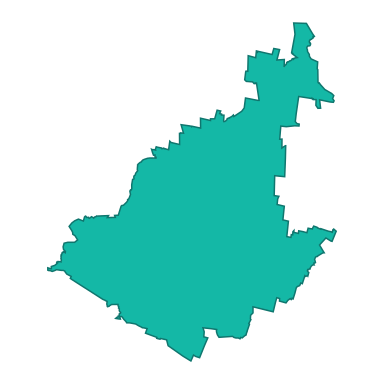 the district of Aguascalientes, Aguascalientes, Mexico
{"feature_id": "50627088B6632860871958", "entity_name": "Aguascalientes", "entity_type": "district", "adm_level": 2, "iso_a3": "MEX", "parent_name": "Mexico", "parent_adm1": "Aguascalientes", "projection": "equal_earth", "projection_center": [-102.284, 21.849], "detail": "fine", "context": "isolated", "style": "filled", "palette": "teal", "viewbox_px": 384, "rotation_deg": 0, "n_neighbors": 0, "source": "geoboundaries", "source_scale": "gbopen_adm2", "svg_char_len": 5911}
<svg xmlns="http://www.w3.org/2000/svg" viewBox="0 0 384 384"><path d="M71.8,223.0L69.1,226.4L71.7,230.5L72.6,232.3L72.8,234.3L75.0,235.7L77.6,239.9L74.6,242.3L67.7,242.3L64.1,243.2L63.1,246.8L63.5,249.4L65.0,251.1L65.4,251.3L65.3,252.7L64.1,252.0L64.0,252.3L63.6,252.3L63.4,251.9L62.8,252.5L62.5,252.3L62.1,252.7L62.1,253.4L61.5,254.3L61.5,254.8L61.2,254.8L61.1,255.1L61.3,255.6L61.0,255.9L61.0,256.2L61.0,256.9L61.2,257.1L61.1,257.6L61.2,258.1L60.9,258.7L61.4,259.8L61.3,260.7L60.9,261.5L61.0,261.8L58.0,261.5L57.7,262.5L57.0,262.0L56.6,262.9L56.9,263.7L54.7,265.4L51.3,266.5L51.4,268.7L50.6,268.7L47.8,267.8L47.8,270.2L48.4,270.5L50.4,270.7L52.1,271.4L52.4,271.4L54.9,270.5L56.5,269.7L61.4,270.4L63.3,270.4L64.8,271.1L65.2,272.0L66.8,274.1L71.2,276.4L70.3,278.5L102.9,299.4L105.1,300.3L105.2,300.5L107.1,301.4L106.8,304.1L107.2,305.5L107.2,306.2L107.5,306.7L109.0,306.3L109.9,305.5L111.6,304.5L118.0,304.4L118.1,305.9L118.9,306.9L118.5,308.0L119.3,308.7L119.3,310.8L120.0,311.9L120.6,312.3L120.6,312.7L120.5,313.2L119.2,314.0L119.3,316.0L118.1,316.1L117.9,317.1L116.9,317.3L115.7,318.4L118.4,318.9L120.4,319.1L120.1,318.0L119.6,317.1L120.4,316.6L121.1,316.4L122.2,317.0L123.7,319.2L126.1,321.7L126.6,322.8L129.8,322.9L135.7,324.0L138.5,325.7L141.6,327.2L142.2,327.7L143.9,327.9L147.1,328.6L145.5,333.2L156.9,337.4L156.7,338.3L157.9,338.7L160.1,339.2L160.6,338.5L166.6,339.8L168.1,345.7L182.9,356.1L190.9,361.0L193.5,355.1L195.6,356.4L199.6,357.7L204.5,345.5L207.8,337.9L203.8,336.8L204.2,331.8L203.0,327.8L211.2,328.7L216.7,329.5L216.4,330.8L216.6,332.3L217.4,334.8L219.0,337.3L232.6,336.4L233.9,337.4L236.0,338.0L238.4,338.0L240.0,338.8L240.8,337.4L242.2,337.9L244.4,336.0L245.4,335.3L245.9,335.2L246.2,334.5L246.2,334.0L247.0,331.8L246.9,331.8L249.5,324.2L248.8,323.5L250.9,319.6L250.4,319.0L250.6,315.3L253.0,312.9L253.0,306.8L273.2,311.8L275.5,302.2L276.8,297.7L279.6,298.5L279.5,301.1L286.0,302.9L287.8,300.4L290.2,298.6L291.2,299.6L292.1,298.8L292.2,298.3L293.1,298.9L294.9,293.2L296.3,287.7L297.4,286.5L299.7,285.6L300.8,283.0L302.3,283.7L304.9,275.7L305.6,276.4L307.5,275.7L307.8,276.1L308.8,272.5L307.6,271.4L307.4,270.8L307.7,269.6L308.3,269.8L309.1,269.2L309.3,268.8L310.0,269.0L310.3,267.8L311.3,266.1L312.8,264.9L314.1,264.9L313.9,264.5L313.9,263.1L314.5,263.1L315.3,262.7L315.2,262.6L315.3,261.7L314.6,259.4L315.4,257.4L315.6,257.0L316.4,256.6L317.3,256.7L317.4,257.0L317.5,256.1L322.8,252.9L324.2,252.8L322.6,250.2L319.5,245.0L325.9,238.0L331.0,241.1L331.1,240.9L332.1,241.3L336.2,231.2L333.8,229.1L333.4,230.0L332.9,229.8L332.2,232.3L330.9,231.7L328.4,231.2L320.9,228.7L320.8,229.2L317.7,228.0L317.8,227.8L316.9,227.2L313.7,226.1L312.2,229.0L311.8,228.8L310.7,228.7L308.1,228.2L306.9,232.7L302.8,231.6L298.7,230.8L298.4,233.4L293.8,232.4L293.9,230.6L292.9,231.7L292.7,234.8L291.3,234.6L290.9,237.4L286.8,236.6L288.4,221.2L282.9,219.9L284.3,206.2L277.1,204.5L277.7,198.9L278.9,196.3L274.2,195.6L274.7,175.7L284.7,176.7L285.4,158.5L285.7,145.7L285.4,145.7L281.9,148.0L282.0,139.1L279.7,139.2L280.8,126.1L286.3,126.7L294.8,125.8L299.0,126.0L299.2,124.1L297.0,123.6L295.3,121.6L296.2,113.7L298.7,96.5L311.8,98.5L311.9,98.3L312.2,98.9L312.5,99.1L312.8,98.6L313.2,98.7L313.3,99.6L316.1,99.6L315.9,105.4L317.9,108.3L320.6,108.2L319.6,99.8L330.1,102.0L333.4,102.3L334.1,100.8L332.6,98.6L333.8,95.6L331.8,93.6L325.0,89.6L324.9,89.6L320.6,84.8L319.2,82.9L318.8,83.2L318.5,83.0L318.0,82.1L317.8,69.6L317.2,68.8L317.7,61.9L311.1,58.9L309.4,56.3L309.3,54.4L308.0,52.4L307.5,51.4L307.4,49.8L306.9,48.5L306.8,47.4L307.8,46.0L309.8,45.8L310.3,45.1L310.6,44.0L310.5,43.4L310.3,43.0L310.0,43.1L309.5,42.5L309.3,41.2L309.5,40.8L309.9,40.4L310.2,39.6L311.4,39.3L312.1,38.6L312.9,38.2L312.9,37.7L313.2,37.5L313.0,36.6L313.2,36.4L313.6,36.2L314.1,36.6L314.4,36.4L312.7,34.0L306.4,23.4L293.7,23.0L295.0,34.3L291.6,52.8L292.7,53.4L292.3,53.8L297.2,57.6L294.8,58.0L293.5,59.2L293.2,58.5L292.4,58.8L292.0,59.0L291.8,59.9L290.4,60.8L289.6,60.9L288.4,61.9L287.7,61.8L287.4,62.2L286.8,62.4L286.2,64.4L284.7,65.6L283.9,66.9L284.2,65.9L284.3,59.5L276.9,60.0L279.6,49.6L273.8,48.5L272.1,54.5L258.0,51.3L258.0,51.6L257.3,51.6L257.3,52.3L257.1,52.2L257.2,51.1L256.4,50.9L255.7,57.7L248.2,55.7L247.8,71.3L246.0,71.1L245.7,71.8L244.7,79.8L246.3,81.4L252.6,81.9L254.0,83.5L255.1,83.0L255.2,83.6L256.5,83.1L259.1,100.4L257.8,100.4L245.5,98.0L244.2,108.0L241.7,111.3L233.9,116.5L233.4,115.0L231.8,116.5L230.0,117.4L229.6,118.0L229.1,117.8L228.1,118.4L227.3,118.5L227.2,118.6L227.0,119.6L225.7,120.9L225.0,121.4L223.8,121.6L223.6,121.0L224.0,115.2L221.5,115.0L221.6,114.1L219.6,113.6L220.7,111.0L217.1,110.2L214.7,118.8L210.5,118.8L210.5,120.5L200.5,118.2L200.6,128.1L192.2,126.3L191.7,126.7L191.5,126.2L189.9,126.0L189.7,125.9L181.1,124.7L183.5,133.2L180.6,132.9L180.6,133.4L179.5,133.4L179.6,144.5L171.1,142.5L169.8,141.2L168.6,149.7L165.8,149.0L165.6,148.8L164.3,148.8L163.8,148.1L162.8,148.5L161.9,148.7L161.6,148.0L157.5,147.2L156.2,146.8L155.3,149.7L155.5,150.1L155.2,150.1L154.8,149.7L152.2,149.6L151.6,149.3L152.5,152.5L153.5,155.2L154.3,155.2L154.9,155.0L155.1,157.1L156.1,157.3L156.0,158.1L150.0,158.0L147.5,158.3L144.2,159.4L142.7,160.1L141.8,161.1L141.4,161.9L140.4,162.2L138.3,163.9L137.6,164.9L137.7,165.0L137.4,167.7L137.3,169.9L137.7,170.5L137.3,171.4L137.0,171.5L136.2,172.7L135.7,173.1L135.3,174.9L134.3,175.7L133.9,176.2L133.8,177.5L134.0,178.2L133.9,179.0L132.6,179.4L131.7,184.9L131.8,188.9L130.9,190.3L130.5,190.0L130.0,190.8L129.9,191.4L130.5,194.5L129.3,197.6L128.9,198.5L128.3,199.4L127.8,199.4L127.6,199.6L127.8,200.4L126.7,202.1L123.4,205.3L121.8,205.5L121.1,206.2L118.3,215.2L114.6,215.4L115.3,217.4L107.3,217.6L108.5,215.6L96.8,216.1L96.5,216.0L95.9,216.7L94.6,217.0L93.7,218.1L93.1,217.6L91.5,216.7L89.5,218.3L89.0,218.2L88.6,217.8L88.5,217.3L86.7,217.5L85.9,216.3L85.4,216.1L84.5,217.0L83.4,221.0L82.7,220.8L78.4,219.1L74.7,220.8L71.8,223.0Z" fill="#14b8a6" stroke="#0f766e" stroke-width="1.5"/></svg>